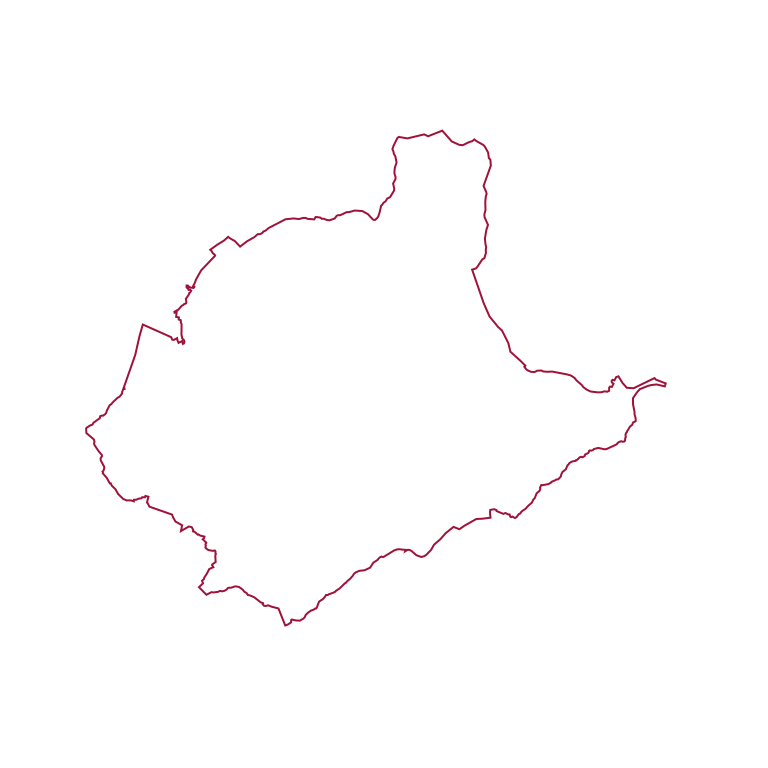 outline of Targu Ocna, Bacau, Romania, rotated 200°
{"feature_id": "2599482B20348732028695", "entity_name": "Targu Ocna", "entity_type": "district", "adm_level": 2, "iso_a3": "ROU", "parent_name": "Romania", "parent_adm1": "Bacau", "projection": "natural_earth1", "projection_center": [26.604, 46.281], "detail": "fine", "context": "isolated", "style": "outline", "palette": "rose", "viewbox_px": 768, "rotation_deg": 200, "n_neighbors": 0, "source": "geoboundaries", "source_scale": "gbopen_adm2", "svg_char_len": 6166}
<svg xmlns="http://www.w3.org/2000/svg" viewBox="0 0 768 768"><g transform="rotate(200 384 384)"><path d="M455.6,619.5L456.5,611.2L456.4,607.5L454.8,605.9L453.4,603.6L451.3,601.9L448.2,596.9L447.9,595.8L447.8,590.9L447.0,587.7L446.3,585.6L443.9,582.4L443.3,580.4L444.0,575.5L441.2,571.1L440.7,569.2L442.2,561.7L444.4,559.4L445.0,556.2L446.4,554.2L447.0,551.8L447.7,550.7L446.8,543.6L446.7,539.3L447.2,537.5L448.5,535.2L449.7,534.7L450.9,534.9L457.2,538.1L463.5,539.1L470.8,537.0L475.4,533.7L477.9,532.7L482.8,527.7L485.1,526.8L486.0,525.8L486.9,522.7L491.2,519.2L493.6,518.6L497.2,518.7L498.9,518.0L500.8,518.6L505.3,517.6L505.9,514.8L512.6,513.0L514.4,513.3L517.2,512.2L520.1,510.0L525.7,508.6L532.9,505.1L545.7,491.2L547.6,487.8L549.6,485.9L549.8,484.7L551.3,482.8L554.0,481.5L556.1,477.6L561.5,471.3L566.2,463.9L573.1,467.3L579.3,468.4L580.8,469.0L583.3,464.2L588.3,457.9L593.2,450.7L591.2,449.8L589.6,448.3L587.4,447.7L586.6,446.8L594.7,428.2L596.4,417.8L596.3,415.0L596.8,411.1L596.8,410.7L595.5,410.6L595.4,410.0L595.9,409.1L598.7,408.5L600.4,408.6L601.9,409.4L603.2,409.0L602.5,407.2L601.7,406.9L600.7,407.2L600.2,405.8L599.7,405.6L598.5,406.3L597.1,405.7L597.4,403.9L598.2,402.7L597.9,401.6L599.3,396.3L597.6,392.9L597.6,392.0L599.1,390.8L599.7,389.5L600.7,388.5L603.1,382.7L603.6,382.6L605.7,380.1L605.2,379.4L603.5,380.7L602.3,376.0L599.5,376.4L599.0,374.4L596.7,374.4L596.0,372.5L594.6,370.8L591.3,361.3L589.1,357.7L587.1,356.9L585.9,355.4L585.9,353.7L586.7,352.9L588.5,355.2L591.1,352.4L592.9,354.2L594.1,356.3L596.7,353.5L598.1,353.2L600.0,355.2L631.0,357.4L630.1,345.1L627.7,326.2L627.3,291.4L626.5,291.3L626.1,290.6L627.3,289.9L627.3,286.7L626.9,285.5L628.1,281.7L629.6,280.0L632.4,274.5L633.6,271.3L634.5,270.4L635.3,264.5L635.2,261.8L635.7,260.3L637.2,258.1L638.4,257.8L639.7,256.6L639.3,254.8L643.8,248.2L644.0,246.2L646.1,244.4L648.4,241.3L648.7,240.3L646.9,236.1L637.7,232.7L636.3,230.8L636.2,229.2L635.5,227.9L629.1,223.2L625.0,220.9L624.3,219.8L624.9,217.2L624.1,215.4L618.8,210.7L618.2,209.6L617.9,206.9L618.6,205.5L617.8,204.7L617.7,203.9L612.6,201.1L607.6,196.8L606.8,197.2L605.1,195.4L600.4,193.3L596.2,189.7L589.5,186.7L585.9,186.6L581.9,188.1L578.9,188.2L579.3,189.7L577.1,190.6L575.4,192.3L572.8,193.7L572.5,194.9L569.9,195.8L569.9,197.2L566.8,197.5L566.2,191.5L565.3,191.2L562.5,188.5L538.5,188.8L536.2,186.2L532.9,183.4L525.4,182.2L524.5,176.4L518.6,183.4L515.7,183.7L513.4,181.7L513.3,180.5L512.8,180.1L511.4,180.4L507.5,178.7L506.9,179.2L505.0,178.7L500.5,179.2L500.4,177.6L501.2,176.1L496.7,174.1L497.0,172.3L496.2,171.3L495.9,169.3L495.5,168.9L493.3,168.1L491.7,168.0L487.9,168.6L486.0,169.7L485.0,168.9L484.5,167.3L483.9,166.9L483.8,164.9L481.3,159.1L483.7,155.7L483.6,154.9L481.7,153.5L484.9,150.4L485.6,145.2L486.7,140.4L486.5,139.2L487.7,136.9L485.9,134.8L488.4,129.8L478.8,125.2L474.9,129.4L472.9,129.8L468.8,132.0L467.3,133.5L465.2,133.8L463.4,134.9L461.6,137.0L461.0,138.8L460.1,139.5L458.1,140.2L454.6,143.0L450.8,143.7L446.4,142.4L444.2,141.0L441.7,140.6L439.8,139.2L437.4,139.5L433.0,139.2L424.9,136.6L423.0,136.8L422.6,136.5L422.7,135.6L421.0,134.6L419.0,135.0L417.3,136.4L413.3,136.3L406.4,137.0L394.2,123.3L391.9,125.3L389.8,128.2L390.5,130.5L390.1,131.1L385.9,131.7L382.2,132.8L379.5,136.0L378.7,137.8L378.6,140.3L377.2,143.1L375.1,146.1L372.3,148.5L371.9,149.5L370.9,149.9L370.7,150.5L370.6,156.9L370.3,157.8L368.0,160.7L366.7,163.8L366.4,165.8L364.6,166.5L364.0,167.5L360.4,170.4L358.6,172.3L358.5,173.1L355.8,176.7L352.5,183.5L352.0,183.8L351.1,186.1L349.1,189.7L347.7,193.2L347.3,195.4L346.2,197.2L343.3,200.0L338.6,202.3L334.2,206.7L332.9,212.5L330.0,216.3L328.8,219.4L327.3,221.0L325.9,221.0L325.0,221.7L317.5,231.1L315.1,233.1L313.2,233.9L307.0,235.5L306.9,234.0L305.2,236.2L303.3,236.8L301.0,236.5L294.9,234.2L289.8,234.2L287.6,235.7L285.9,237.8L283.0,244.3L282.0,250.2L278.0,257.3L275.0,265.0L269.8,273.5L263.5,273.3L259.8,278.5L251.1,288.7L245.2,291.2L238.2,294.8L240.3,299.1L241.1,302.0L237.7,304.0L235.2,304.0L234.7,303.1L227.4,302.8L225.8,304.3L222.7,303.9L221.4,304.4L219.9,302.5L218.9,302.4L218.1,303.3L215.0,302.9L213.9,304.2L212.8,307.9L211.6,309.0L211.5,310.2L210.5,312.2L208.4,315.0L206.7,319.1L204.5,323.0L204.1,326.6L203.3,328.3L203.2,333.5L202.4,334.7L202.1,335.7L201.5,336.1L201.2,337.3L201.2,338.3L201.9,340.0L201.7,342.8L200.1,343.3L195.4,346.1L193.1,348.7L193.2,349.3L190.1,352.2L189.5,353.1L187.7,354.0L186.2,357.5L186.5,359.8L186.2,362.4L184.0,366.0L183.7,370.6L183.1,371.3L182.8,373.0L181.0,375.3L177.5,377.5L177.5,378.2L176.5,378.9L175.0,382.1L173.6,383.1L172.4,383.0L171.3,384.3L170.8,384.8L170.9,386.5L168.4,389.1L168.2,390.4L168.5,391.0L168.0,391.9L166.2,392.4L164.8,393.8L164.5,394.7L160.8,397.2L154.4,398.1L152.6,399.0L144.7,406.9L144.4,408.2L143.2,410.0L141.4,411.4L139.8,411.4L138.5,412.2L138.2,413.1L138.8,415.9L138.6,416.8L139.7,418.8L139.8,420.7L139.4,421.5L139.4,422.7L138.2,428.3L136.8,430.6L136.8,433.1L135.2,434.6L134.8,435.3L136.0,438.2L138.1,441.0L139.0,443.4L143.1,450.2L145.2,455.9L143.3,463.1L141.9,466.6L135.3,472.5L132.4,474.5L127.7,476.8L119.3,477.8L119.5,480.9L130.1,481.1L131.8,482.1L148.0,465.4L154.5,463.5L160.3,466.6L166.3,471.4L168.2,469.9L168.7,466.2L170.6,466.1L171.1,465.1L170.9,464.1L170.1,463.3L168.4,462.7L168.9,459.2L170.7,458.9L171.2,457.6L170.1,454.6L171.6,453.1L174.3,452.5L177.1,450.5L180.4,449.2L187.4,447.6L191.3,448.0L195.3,449.1L197.8,450.7L204.5,453.3L207.0,454.9L211.2,455.9L215.4,455.6L230.2,453.2L234.8,451.3L238.9,450.2L240.7,450.5L244.6,448.9L246.7,446.7L250.1,445.7L254.0,446.0L255.2,446.4L258.0,448.2L257.4,449.5L263.8,452.5L276.3,457.6L281.1,464.9L291.5,474.7L296.1,476.5L307.9,483.5L318.0,494.1L340.3,521.6L337.2,524.0L336.4,526.0L334.2,534.8L332.7,536.6L333.1,542.3L334.2,544.6L334.8,547.5L336.2,549.6L338.9,555.1L340.5,563.7L340.7,569.1L346.5,575.1L347.7,577.7L348.1,582.1L351.1,589.7L352.4,594.7L352.6,597.7L353.4,599.1L358.2,604.2L358.3,625.8L360.8,631.2L362.7,632.1L365.3,637.1L367.8,639.3L370.7,641.8L372.4,642.6L379.8,643.8L382.8,644.7L384.1,642.4L386.7,640.5L391.7,635.3L395.3,634.5L403.3,635.1L415.9,642.0L427.3,631.9L431.6,632.3L446.0,622.8L454.7,621.2L455.6,619.5Z" fill="none" stroke="#9f1239" stroke-width="2"/></g></svg>